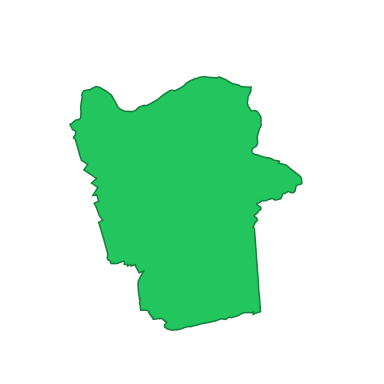 outline of Tenampulco, Puebla, Mexico, rotated 65°
{"feature_id": "50627088B49720713331936", "entity_name": "Tenampulco", "entity_type": "district", "adm_level": 2, "iso_a3": "MEX", "parent_name": "Mexico", "parent_adm1": "Puebla", "projection": "natural_earth1", "projection_center": [-97.395, 20.195], "detail": "fine", "context": "isolated", "style": "filled", "palette": "green", "viewbox_px": 384, "rotation_deg": 65, "n_neighbors": 0, "source": "geoboundaries", "source_scale": "gbopen_adm2", "svg_char_len": 5957}
<svg xmlns="http://www.w3.org/2000/svg" viewBox="0 0 384 384"><g transform="rotate(65 192 192)"><path d="M93.0,276.5L95.0,275.4L95.0,275.5L104.3,277.0L111.5,278.2L114.8,278.6L116.3,278.9L119.7,276.8L123.0,274.9L126.3,280.7L129.3,278.8L132.5,276.9L135.4,275.1L135.6,275.0L135.8,274.8L136.0,274.8L139.4,272.7L141.4,279.3L143.2,278.2L144.7,277.4L148.0,275.4L153.3,283.4L154.5,279.5L161.0,280.5L161.0,281.9L160.8,285.3L166.4,285.2L173.7,286.0L173.8,286.0L179.9,285.0L180.1,289.4L184.8,290.1L187.8,290.5L192.5,291.2L194.4,291.5L197.3,291.9L198.3,292.1L208.7,293.8L212.3,294.5L213.3,295.0L213.7,295.1L214.7,295.9L215.8,296.6L216.9,297.0L217.7,296.9L218.3,296.5L218.7,296.1L219.1,295.7L219.7,295.5L220.5,295.5L221.3,295.6L222.4,295.7L223.0,295.2L223.2,294.4L223.6,293.5L223.8,292.5L223.9,292.1L224.6,292.0L224.7,291.6L224.9,290.4L225.2,289.8L225.6,284.0L226.4,283.2L226.6,283.0L226.9,283.0L228.0,283.3L228.4,283.5L229.1,284.0L230.3,281.1L231.8,281.8L232.0,277.8L233.4,278.4L233.9,273.9L234.0,274.0L235.3,274.5L240.1,274.1L242.9,274.1L243.2,269.4L244.1,270.6L250.2,278.6L251.9,279.4L253.9,280.3L255.0,280.9L257.5,281.8L258.1,282.0L258.4,282.2L259.3,282.6L259.9,282.8L262.0,283.3L264.0,284.0L264.4,284.1L265.9,284.0L266.4,283.9L266.8,283.9L266.6,284.9L268.1,285.0L268.9,285.2L270.2,286.3L270.7,286.6L272.2,286.7L273.1,286.9L274.3,287.5L275.4,287.8L276.6,288.0L277.5,288.4L278.0,287.2L279.1,284.8L280.1,282.9L281.8,281.6L282.1,281.7L282.4,281.9L282.7,282.1L282.9,282.2L283.1,282.1L283.3,282.0L283.4,281.8L284.0,282.0L284.3,281.9L284.7,282.0L285.2,281.7L285.7,281.8L286.0,281.2L287.1,281.3L287.5,281.2L288.1,281.5L288.7,280.5L289.1,280.6L289.4,280.7L289.7,280.9L290.0,280.9L290.3,280.8L290.6,280.7L290.7,280.8L290.8,280.9L290.9,281.0L291.0,280.9L291.2,280.6L291.3,279.9L291.9,278.3L292.2,277.0L292.6,275.4L292.9,275.3L293.2,275.1L293.8,272.8L294.8,272.3L295.8,272.0L296.1,271.7L296.7,271.5L297.6,271.4L297.9,271.3L298.1,270.9L298.2,270.6L298.4,270.3L298.7,270.0L298.9,269.9L299.2,269.9L299.4,269.9L299.5,270.1L299.7,270.6L299.9,271.1L300.5,272.3L300.9,272.9L301.1,273.2L301.5,273.5L301.9,273.6L302.9,273.7L303.2,273.6L303.7,273.3L304.8,272.8L305.7,272.2L307.6,270.2L308.9,268.2L309.5,266.7L309.6,265.9L309.7,265.4L309.9,265.0L310.0,264.5L310.2,264.2L310.5,264.0L310.7,263.8L310.9,263.3L310.9,262.8L310.9,262.3L311.0,261.9L311.1,261.3L311.5,259.2L311.8,254.7L312.4,252.5L313.7,249.5L314.0,247.1L314.3,245.7L315.7,237.5L317.5,231.4L318.7,225.2L319.1,220.4L319.4,218.9L321.9,215.1L321.2,212.9L321.1,212.7L321.1,212.3L321.0,212.1L321.0,211.8L321.1,211.4L321.3,211.3L321.5,210.9L322.1,210.1L322.6,209.3L323.3,204.2L323.5,202.3L323.4,200.4L323.2,198.6L323.2,196.7L323.5,195.5L324.8,192.7L325.4,191.2L325.7,190.7L326.0,190.0L326.6,189.0L326.9,187.0L328.7,188.3L328.9,185.0L329.1,182.5L329.5,180.5L327.6,179.8L325.3,178.9L322.1,177.7L320.3,177.0L315.1,175.0L314.9,174.9L308.5,172.8L302.7,170.3L294.8,167.3L294.3,167.2L293.4,166.8L291.2,166.1L289.2,165.2L282.3,162.6L271.8,158.6L252.1,151.1L251.2,150.9L250.5,151.1L249.9,151.4L249.5,151.7L249.0,150.7L248.2,149.6L247.4,148.8L246.7,148.0L246.2,147.9L246.2,147.1L246.1,146.6L246.0,146.2L245.7,145.8L245.6,145.6L245.4,145.3L245.3,145.0L245.0,144.7L244.7,144.4L244.1,144.4L243.6,144.4L242.2,144.7L241.5,145.2L241.2,145.5L240.8,145.7L240.2,145.5L239.8,145.2L239.6,145.3L238.3,140.9L237.7,140.1L237.1,139.6L237.0,138.3L237.1,137.5L236.7,136.8L234.7,136.1L233.5,136.9L230.8,138.5L230.3,138.5L229.9,138.2L229.8,137.8L230.1,135.4L230.1,135.1L229.8,133.7L229.3,132.0L230.4,130.8L231.1,128.5L231.1,127.5L231.1,125.9L231.6,123.8L231.5,122.2L234.5,120.1L235.3,116.4L235.6,114.2L232.1,110.6L232.5,107.8L232.3,106.3L232.1,104.6L233.8,102.9L234.2,102.9L234.9,101.8L235.4,100.6L235.5,100.0L234.7,98.2L232.2,96.5L231.7,96.0L230.9,95.1L230.5,94.4L230.2,92.5L230.8,91.0L230.9,90.7L230.8,89.0L230.8,88.9L229.1,88.2L227.4,87.6L225.8,87.1L225.3,87.0L224.7,87.0L223.2,87.4L219.5,89.3L213.7,92.3L211.8,93.3L209.7,94.1L207.4,95.4L206.2,96.6L202.3,101.4L201.1,99.7L199.1,102.2L197.8,104.4L195.8,105.5L193.9,107.4L192.9,108.8L191.8,110.7L189.7,113.3L186.3,116.6L184.1,119.7L182.6,120.6L181.2,120.7L179.9,120.3L178.9,119.6L178.3,118.6L177.8,117.6L177.9,116.0L177.7,114.7L176.9,113.4L175.3,111.9L173.9,111.1L172.2,110.7L170.3,109.9L168.3,108.7L166.3,106.8L164.8,105.5L163.1,104.1L161.0,101.1L159.0,100.6L157.2,99.6L154.2,98.2L152.3,97.9L149.5,98.3L148.1,98.5L146.7,98.9L145.8,99.4L145.3,99.8L144.8,100.8L143.5,104.0L136.8,104.9L136.3,104.4L135.6,104.5L134.3,104.1L133.3,103.4L132.8,102.9L130.3,101.6L128.5,100.1L127.1,97.8L125.5,96.2L124.7,95.5L124.2,95.7L123.6,95.4L122.7,94.5L122.3,94.3L121.9,94.1L118.7,100.5L117.0,103.0L114.7,104.5L111.3,109.0L109.6,110.6L104.6,113.8L99.0,118.8L99.3,120.6L98.4,122.4L97.0,125.0L95.4,127.9L94.1,129.9L92.5,132.0L92.5,132.4L92.2,133.6L91.9,134.7L91.4,135.7L91.1,138.0L91.3,139.1L90.9,140.3L90.3,141.5L90.6,142.4L90.4,145.7L90.6,149.2L91.2,151.5L92.4,155.2L92.8,157.1L92.8,159.0L92.9,160.2L93.1,161.7L93.1,163.2L92.9,164.8L91.9,166.2L91.2,167.3L90.9,168.8L90.8,169.9L91.2,172.7L91.7,176.5L92.0,177.7L92.2,178.5L92.8,180.9L93.3,182.4L93.7,184.2L93.9,186.0L93.9,187.0L93.9,188.8L94.0,189.3L94.4,191.2L94.3,192.8L94.6,194.4L94.2,197.2L93.1,199.0L92.7,203.2L92.8,204.9L93.9,208.1L94.3,209.7L94.2,210.9L93.8,212.2L90.2,219.1L86.4,222.2L84.0,223.1L81.6,223.3L76.8,223.6L73.7,223.9L71.3,223.9L70.1,224.2L68.3,225.0L67.0,225.7L63.9,227.4L59.9,230.2L58.6,231.1L57.5,232.2L55.9,234.4L55.8,235.5L56.0,236.6L55.9,237.5L55.8,238.8L55.9,239.8L56.1,240.9L56.4,241.0L55.5,243.2L55.2,244.3L55.0,244.8L54.9,245.4L54.5,247.1L54.8,247.7L55.4,248.9L55.8,249.6L56.7,250.3L57.8,251.1L59.3,251.2L63.8,254.3L64.0,254.4L64.2,254.5L64.7,255.0L65.9,255.7L66.6,256.2L67.8,256.9L69.0,257.5L72.4,258.7L78.2,261.8L78.4,264.6L77.6,267.2L79.0,271.6L79.1,274.0L80.8,274.0L83.1,273.8L84.5,273.9L85.6,273.6L86.0,273.0L86.5,272.5L87.2,272.1L88.9,272.1L91.2,273.9L91.7,275.0L92.2,276.2L93.0,276.5Z" fill="#22c55e" stroke="#15803d" stroke-width="1.5"/></g></svg>